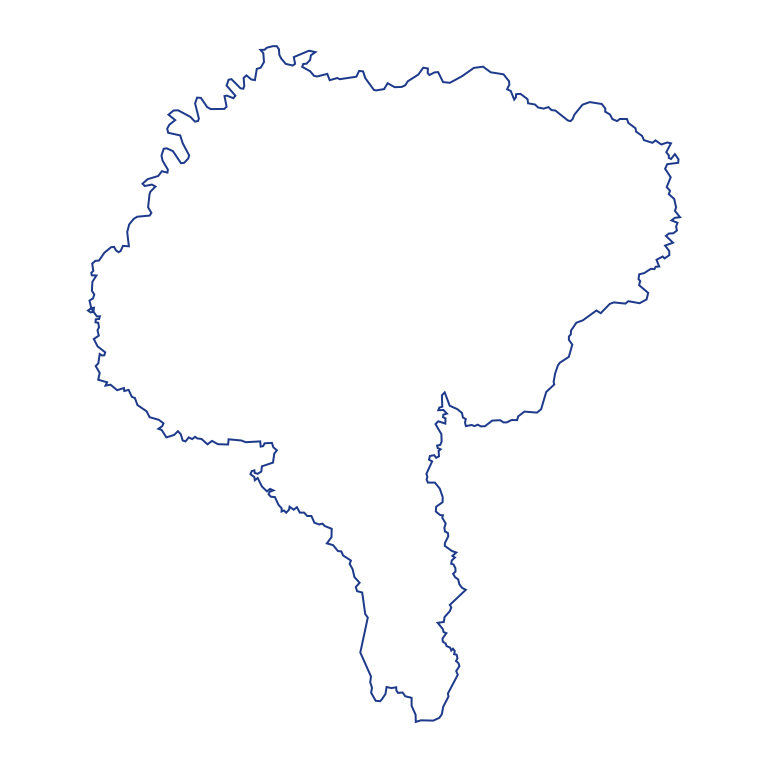 Doverlândia, Goiás, Brazil (Albers equal-area conic projection)
{"feature_id": "56859067B97324258200448", "entity_name": "Doverlândia", "entity_type": "district", "adm_level": 2, "iso_a3": "BRA", "parent_name": "Brazil", "parent_adm1": "Goiás", "projection": "albers", "projection_center": [-52.503, -16.899], "detail": "fine", "context": "isolated", "style": "outline", "palette": "blue", "viewbox_px": 768, "rotation_deg": 0, "n_neighbors": 0, "source": "geoboundaries", "source_scale": "gbopen_adm2", "svg_char_len": 6010}
<svg xmlns="http://www.w3.org/2000/svg" viewBox="0 0 768 768"><path d="M91.3,272.8L91.8,275.3L96.4,275.5L92.4,281.8L91.9,290.8L94.3,294.5L93.0,298.4L89.5,300.6L91.3,308.2L93.9,307.7L93.5,311.8L96.9,316.4L99.9,316.3L99.1,319.0L95.8,319.3L95.5,322.3L98.2,322.8L99.0,327.3L97.5,330.4L98.8,335.6L93.8,339.0L97.6,346.4L105.2,352.3L104.3,355.3L101.9,355.5L99.7,354.0L98.3,363.4L95.7,366.0L99.7,373.0L98.2,379.7L107.1,382.3L105.5,385.6L110.5,384.7L117.2,390.2L123.9,388.0L124.3,391.0L128.6,389.9L131.9,396.9L134.9,398.0L137.4,405.0L146.6,411.3L149.6,417.2L158.8,419.8L163.5,423.3L162.2,426.2L158.4,428.8L161.7,430.0L166.4,437.4L174.2,434.9L177.9,431.2L180.8,434.3L182.7,440.5L185.5,441.4L188.8,437.4L192.2,439.1L195.1,436.8L197.2,438.4L201.6,439.0L207.5,444.3L212.0,440.9L217.9,444.2L228.1,444.5L228.6,439.3L241.4,440.5L245.7,442.2L260.2,441.4L260.7,446.6L263.2,446.1L264.6,443.3L271.9,442.9L273.4,447.4L276.9,450.3L274.3,453.5L273.0,462.6L261.9,466.3L261.3,471.5L257.7,473.8L254.7,472.9L254.4,470.3L251.7,471.1L250.5,474.3L254.3,477.0L254.8,480.2L257.7,478.0L261.9,486.5L267.0,491.4L270.0,488.9L273.4,490.4L269.7,491.8L268.6,494.2L270.8,496.7L274.9,497.1L278.5,504.8L281.7,508.4L281.6,511.5L284.0,510.5L286.2,512.7L289.0,509.7L289.6,506.7L293.7,509.7L296.9,507.2L299.8,512.6L304.1,512.6L307.2,516.0L311.4,516.0L314.4,522.7L319.2,524.5L322.4,523.6L324.7,526.0L331.7,528.8L331.5,537.1L326.9,543.4L333.0,545.1L338.0,551.1L341.3,551.4L343.1,555.5L350.9,560.5L349.7,564.0L352.6,569.2L354.4,577.0L359.6,582.8L355.8,587.0L357.1,591.2L362.2,592.5L365.2,614.0L367.8,617.6L360.3,652.5L371.0,676.5L370.2,682.3L372.0,687.8L371.1,692.7L375.7,700.8L380.2,701.2L382.1,699.0L385.5,693.9L386.6,687.0L391.4,688.1L396.2,687.3L396.4,690.6L398.0,692.9L402.6,692.5L405.3,696.3L411.6,697.8L411.6,705.8L415.6,714.7L415.8,721.9L421.0,720.3L433.3,720.6L439.4,717.8L441.9,714.0L443.2,706.8L448.5,696.5L447.9,693.5L457.8,674.8L456.2,671.1L459.4,666.2L458.5,663.2L456.0,661.0L457.5,658.3L456.6,654.7L454.1,654.2L454.8,651.1L453.0,648.7L451.3,650.5L450.1,647.6L446.6,646.1L445.6,643.5L442.8,641.7L442.5,638.5L446.4,633.2L443.6,632.1L442.8,629.1L437.7,622.8L443.8,622.0L444.6,617.0L449.8,611.2L451.3,607.5L449.8,604.9L465.8,589.8L462.1,587.9L459.3,584.2L458.2,579.4L455.1,577.2L453.1,573.8L455.5,571.6L455.4,568.2L453.5,564.5L451.2,563.7L451.8,560.4L454.9,557.5L452.4,555.9L456.3,552.5L452.1,551.1L444.8,545.9L444.9,543.0L448.3,536.3L447.9,533.0L444.9,531.4L444.4,527.7L445.7,523.5L442.3,517.8L442.9,515.3L440.2,515.1L435.8,511.5L436.2,506.7L442.6,502.2L442.7,497.1L439.8,488.7L434.9,482.6L427.9,482.6L426.6,479.4L427.4,477.0L426.4,473.9L432.1,461.4L429.0,459.7L429.9,456.0L434.2,455.2L436.2,457.8L439.0,456.3L438.6,451.0L440.6,449.3L437.7,448.1L437.1,445.6L440.2,444.9L441.6,441.7L441.4,434.2L435.5,424.1L438.3,421.3L445.3,423.6L445.5,418.4L443.0,417.2L443.4,414.6L446.9,413.6L443.5,410.0L438.3,410.2L439.3,407.6L442.3,406.7L441.9,395.3L444.7,392.4L449.7,405.7L457.4,409.2L462.0,413.0L462.9,417.5L465.8,419.1L465.0,422.5L465.9,426.1L471.6,425.0L474.5,426.1L477.7,424.7L481.0,426.4L485.0,426.2L492.2,420.6L500.2,420.2L503.4,422.4L506.8,422.4L511.6,420.0L517.1,420.1L518.2,416.4L524.4,411.6L536.9,412.6L541.1,409.3L546.2,392.0L554.3,384.4L553.6,381.9L555.2,373.3L557.9,365.4L560.0,362.6L568.8,356.9L572.3,344.6L568.9,339.9L568.9,336.5L570.8,334.4L571.0,330.6L576.4,322.7L582.9,320.3L596.4,310.5L600.7,313.2L609.8,303.9L613.8,302.4L625.4,303.6L628.3,301.2L639.6,303.2L646.6,299.4L648.2,292.9L639.1,285.2L640.2,281.0L638.5,279.1L639.2,274.3L644.2,273.1L650.9,268.8L654.4,269.1L655.7,266.8L659.2,266.5L656.5,259.8L662.7,256.5L664.6,258.4L669.4,255.1L669.2,251.0L665.1,245.6L673.0,242.7L665.9,235.9L669.0,233.5L673.3,233.3L676.9,230.5L676.1,226.7L677.5,222.8L671.5,220.4L674.9,217.8L680.0,217.2L674.9,210.8L676.1,207.4L674.2,198.9L668.8,194.2L670.0,190.7L666.7,187.1L670.7,177.2L665.1,168.8L667.2,164.2L678.2,162.8L678.5,159.3L674.9,154.1L671.0,159.0L668.8,157.9L668.8,155.3L666.3,152.2L671.0,143.3L667.1,142.5L661.3,144.5L655.5,140.4L652.4,142.8L643.9,140.1L642.1,135.9L636.1,131.6L635.5,128.3L628.3,122.9L627.0,119.0L619.8,119.0L617.1,121.1L612.4,119.1L609.9,114.4L605.2,111.7L605.3,108.6L601.8,104.0L589.7,102.1L582.5,104.7L574.5,114.5L572.5,119.2L570.5,121.1L567.9,120.5L555.3,110.5L551.5,110.1L548.4,107.1L543.7,108.6L538.1,107.5L535.0,104.5L528.1,103.3L527.5,99.1L520.5,93.9L516.1,94.2L515.9,97.3L514.2,99.6L510.8,91.0L507.1,89.3L509.4,84.4L509.0,81.2L503.5,74.3L490.7,72.3L483.1,66.7L473.8,67.9L462.4,76.0L449.9,82.8L443.1,82.1L438.1,72.1L434.5,72.4L429.5,75.0L427.7,73.1L427.9,68.5L423.2,67.7L418.3,74.6L407.9,81.2L405.2,85.3L401.8,86.9L394.7,87.2L387.6,83.2L384.1,89.1L376.2,90.4L373.9,89.9L365.2,78.0L363.1,71.4L359.1,70.9L356.4,76.7L339.6,79.2L337.4,78.0L329.7,80.2L327.3,73.9L317.0,76.5L314.0,75.8L310.2,71.3L302.2,66.8L303.2,64.0L306.5,63.7L310.1,60.0L310.9,55.3L315.4,52.1L309.0,50.7L293.8,57.1L295.1,63.8L292.8,65.5L285.8,63.9L281.3,58.7L279.3,54.8L279.0,49.4L276.7,46.1L272.6,46.2L266.9,47.7L264.5,49.8L260.5,49.9L263.3,53.1L264.0,62.0L260.7,67.7L256.8,68.9L254.9,80.1L251.4,79.5L246.4,75.4L243.6,78.0L244.3,86.0L243.3,88.7L240.5,88.3L231.5,79.2L228.6,79.7L226.6,85.6L235.4,95.7L233.4,98.2L226.8,95.6L224.5,96.1L226.6,106.7L224.4,108.9L210.8,109.1L207.2,107.1L200.9,97.9L197.1,97.6L195.1,103.4L198.9,118.7L198.0,121.0L194.9,121.6L190.3,116.8L178.1,110.3L173.6,110.5L168.5,114.7L175.2,120.1L169.3,124.8L167.2,128.7L168.2,132.8L180.2,135.4L182.6,143.0L189.2,155.5L188.2,158.5L184.2,162.8L181.0,163.2L172.9,151.1L166.6,148.3L163.7,148.8L161.5,155.6L162.5,160.5L167.9,169.7L167.4,172.6L161.9,171.2L158.2,176.0L147.6,179.2L142.5,183.7L144.8,186.0L151.8,184.6L155.5,186.5L150.4,191.7L149.5,194.4L148.1,207.3L151.4,212.9L149.6,215.6L137.3,216.7L133.8,218.8L129.2,224.4L127.2,232.1L128.9,246.3L122.9,245.9L120.7,250.9L118.5,252.2L116.0,250.4L114.1,246.9L111.1,247.2L104.5,252.6L98.9,260.6L95.4,260.8L92.2,263.6L93.3,270.9L91.3,272.8ZM93.5,311.8L91.3,308.2L88.0,310.5L90.6,312.4L93.5,311.8Z" fill="none" stroke="#1e3a8a" stroke-width="2"/></svg>